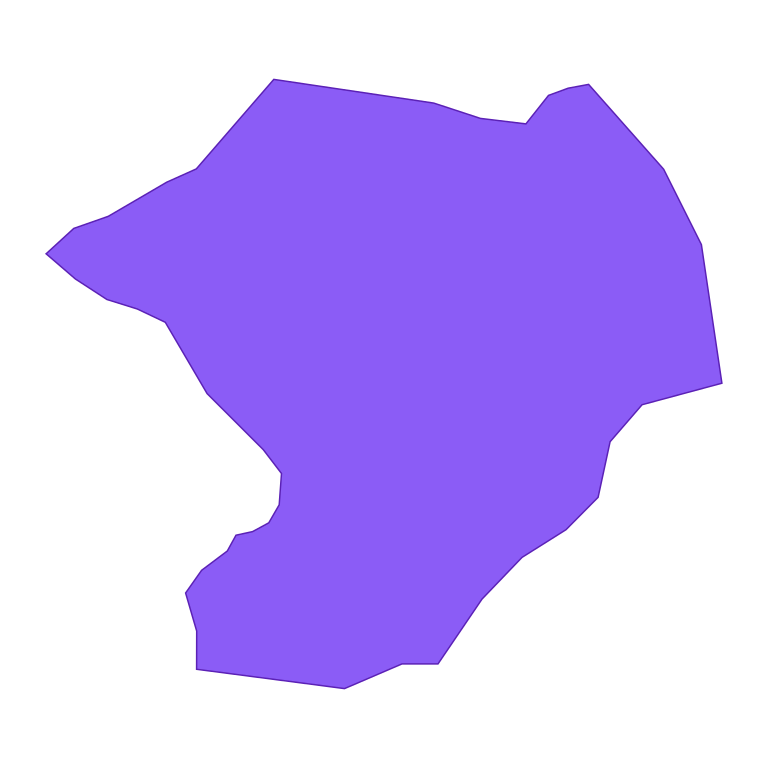 SVG path tracing the border of Kyankwanzi
{"feature_id": "UGA-5602", "entity_name": "Kyankwanzi", "entity_type": "District", "adm_level": 1, "iso_a3": "UGA", "parent_name": "Uganda", "parent_adm1": "", "projection": "natural_earth1", "projection_center": [31.594, 1.103], "detail": "fine", "context": "isolated", "style": "filled", "palette": "violet", "viewbox_px": 768, "rotation_deg": 0, "n_neighbors": 0, "source": "natural_earth", "source_scale": "10m", "svg_char_len": 616}
<svg xmlns="http://www.w3.org/2000/svg" viewBox="0 0 768 768"><path d="M588.6,84.4L663.7,169.3L701.4,244.6L721.9,383.2L642.1,404.7L610.1,441.7L598.1,497.3L566.0,529.7L522.0,557.4L482.0,599.1L438.0,663.9L402.0,663.9L344.5,688.6L196.6,669.3L196.7,631.1L185.6,593.0L201.6,570.3L227.3,551.0L236.0,535.2L252.6,531.6L268.8,522.8L279.2,504.8L281.5,473.5L263.3,449.7L207.1,393.6L165.3,322.3L137.3,309.0L106.9,299.5L75.4,279.0L46.1,253.8L73.8,228.4L108.3,216.3L166.7,182.2L196.3,168.9L273.8,79.4L433.8,103.1L480.4,118.4L525.9,123.9L548.5,95.4L568.1,88.2L588.6,84.4Z" fill="#8b5cf6" stroke="#5b21b6" stroke-width="1.5"/></svg>